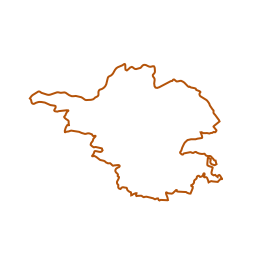 the Region of Naryn, rotated 191°
{"feature_id": "KGZ-1118", "entity_name": "Naryn", "entity_type": "Region", "adm_level": 1, "iso_a3": "KGZ", "parent_name": "Kyrgyzstan", "parent_adm1": "", "projection": "albers", "projection_center": [75.468, 41.376], "detail": "fine", "context": "isolated", "style": "outline", "palette": "amber", "viewbox_px": 256, "rotation_deg": 191, "n_neighbors": 0, "source": "natural_earth", "source_scale": "10m", "svg_char_len": 5701}
<svg xmlns="http://www.w3.org/2000/svg" viewBox="0 0 256 256"><g transform="rotate(191 128 128)"><path d="M230.0,138.3L228.9,140.7L228.3,141.6L227.6,142.4L223.2,146.5L222.4,146.9L221.4,146.8L219.6,146.0L213.6,145.3L212.0,145.4L210.5,146.0L204.6,149.4L203.9,149.6L203.1,149.7L200.7,149.7L197.2,150.8L195.9,150.7L192.0,149.0L189.4,148.5L188.0,148.7L185.3,149.5L179.7,149.3L178.3,148.8L175.8,147.6L174.6,147.4L169.7,148.6L167.9,149.4L166.7,150.6L166.1,151.6L164.5,152.8L163.7,153.6L163.3,154.7L163.5,155.9L163.8,157.1L163.9,158.3L163.6,159.5L162.9,160.3L161.1,161.3L159.6,162.7L158.4,164.5L157.7,166.7L157.4,172.8L157.3,173.8L156.8,174.7L154.4,176.6L153.2,178.5L151.8,182.7L150.8,184.5L149.6,185.7L145.6,188.4L144.1,189.9L143.4,190.2L142.7,189.4L141.9,185.7L141.5,184.7L140.1,184.3L138.8,185.8L137.4,187.8L135.9,188.7L135.0,188.5L133.3,187.6L132.4,187.3L131.3,187.4L127.2,189.4L126.6,190.3L126.1,191.3L125.3,192.4L124.4,193.0L123.4,193.2L122.4,193.2L119.5,192.4L118.5,192.3L117.5,192.4L115.3,193.4L114.3,193.5L113.5,192.6L113.1,191.6L112.4,188.9L112.3,187.8L112.7,186.6L113.7,185.0L113.6,183.9L113.1,183.2L111.8,182.0L111.3,181.3L111.0,180.1L110.8,176.7L109.9,174.1L108.7,172.9L107.0,172.9L105.1,174.0L95.0,182.1L93.5,182.7L93.1,183.7L92.7,184.2L91.9,184.4L90.1,183.4L89.3,183.0L88.1,183.2L85.9,184.2L84.7,184.4L83.1,184.0L81.4,183.3L77.4,180.5L76.4,180.0L75.4,180.1L75.3,180.3L74.0,179.8L70.5,179.8L69.7,179.7L69.1,179.6L68.2,178.4L64.8,177.8L64.1,177.4L63.8,177.1L64.3,175.7L64.3,174.7L63.9,173.9L63.3,173.2L62.8,172.9L56.5,170.5L55.6,170.0L53.7,168.3L52.9,167.4L51.9,165.7L48.7,162.5L47.5,161.6L47.3,161.3L47.1,159.7L46.6,158.7L45.1,157.6L40.2,153.1L39.4,151.9L43.5,147.0L44.2,146.1L44.3,145.6L40.8,142.7L40.7,142.2L41.2,141.0L41.5,140.6L41.8,140.4L43.0,140.5L43.4,140.3L44.2,139.4L45.7,138.9L47.1,138.1L49.4,138.1L53.1,137.3L55.0,137.9L55.9,137.6L55.4,136.8L54.0,134.6L53.4,133.1L53.4,132.6L53.6,132.3L54.1,132.1L57.7,130.8L59.6,129.8L63.9,129.0L67.3,127.5L69.2,124.9L69.5,124.4L70.1,122.7L71.0,119.2L71.4,115.9L72.2,114.2L72.1,113.6L70.4,112.4L69.5,112.3L68.9,112.6L68.6,113.3L68.1,113.8L62.4,116.1L61.7,116.2L60.4,115.9L59.5,115.9L59.0,116.1L58.1,116.9L57.1,117.4L56.5,117.4L55.4,116.9L53.0,116.5L50.7,116.6L49.7,116.8L48.2,117.3L47.9,117.3L46.5,116.1L45.9,115.8L44.8,115.7L44.1,115.7L42.6,116.1L41.6,116.1L40.6,115.6L39.4,114.4L38.6,114.2L37.5,113.0L36.5,112.6L35.8,112.7L34.9,110.6L34.4,109.8L34.2,109.4L35.6,108.2L36.1,108.0L38.3,108.3L39.1,108.5L39.9,109.0L40.5,109.8L40.7,110.4L40.8,111.3L40.7,112.5L40.9,113.0L41.5,113.4L43.0,114.0L43.5,114.0L43.9,113.8L43.4,108.6L43.2,107.3L42.8,106.5L41.1,106.0L39.1,105.8L37.5,105.5L37.3,105.2L37.6,100.7L37.5,99.8L37.1,99.0L36.8,98.6L35.0,97.9L33.4,98.6L32.3,97.8L30.7,97.0L30.7,97.8L30.5,98.5L29.8,99.1L29.5,99.3L29.1,99.2L28.1,98.4L27.1,97.2L26.1,96.3L26.0,96.0L26.0,95.8L26.3,95.7L27.3,95.6L27.8,95.2L28.2,94.4L29.3,92.9L29.6,92.2L35.0,91.7L35.7,91.8L36.6,91.5L38.5,90.0L38.9,90.7L39.3,91.8L40.1,92.8L40.6,93.8L41.1,94.3L41.8,94.6L42.2,94.6L43.6,94.2L44.0,94.4L44.2,94.9L43.9,96.7L44.0,97.4L44.3,97.9L44.7,98.0L45.0,97.8L45.2,97.5L45.5,95.5L46.1,94.7L47.7,93.8L48.2,93.8L49.3,94.6L50.1,94.4L50.6,94.0L50.9,93.6L51.1,93.1L51.0,92.1L51.2,91.3L52.7,89.5L52.9,89.0L53.0,88.5L52.8,87.2L53.0,86.2L53.4,85.5L54.0,84.7L55.0,83.9L54.7,83.1L54.3,82.9L53.2,82.6L53.1,81.9L53.0,81.2L54.1,75.6L54.7,75.4L55.8,75.4L57.6,75.7L58.8,76.2L66.7,75.1L67.8,75.2L68.0,75.4L68.3,76.3L68.9,76.3L71.7,72.4L72.6,71.9L76.1,71.6L77.7,72.1L78.1,72.1L78.3,71.9L78.2,71.2L77.9,70.4L75.9,67.1L75.0,64.9L75.5,64.6L82.0,63.7L82.6,63.4L83.2,62.9L84.0,63.1L85.2,64.6L86.6,64.1L87.4,63.4L88.1,63.2L89.9,63.8L96.7,64.1L98.4,63.6L99.0,63.2L99.6,63.1L101.8,64.0L102.4,64.0L105.7,63.2L106.7,62.8L107.1,63.2L107.3,63.8L107.2,65.6L107.5,65.6L108.1,65.4L110.4,63.9L111.2,62.9L112.0,62.5L112.1,63.1L112.8,65.3L113.0,65.5L114.5,65.7L116.4,66.7L116.9,67.2L117.6,68.6L118.0,69.0L121.7,68.9L122.2,68.6L122.9,68.2L123.7,66.7L124.3,66.7L125.5,67.0L126.1,67.6L126.4,68.3L126.6,70.1L126.8,70.4L127.6,70.9L128.1,71.5L128.5,72.7L128.5,73.4L127.7,75.9L127.4,77.4L127.5,78.0L127.7,78.3L128.8,78.6L129.0,78.9L129.0,79.3L128.9,80.1L129.1,80.5L129.4,80.9L131.4,82.2L132.2,83.3L132.3,83.8L132.3,84.6L132.1,85.3L131.8,85.9L130.5,87.2L129.5,87.8L129.1,88.3L128.9,89.0L129.0,89.3L129.3,89.6L130.0,89.8L130.8,89.7L134.2,88.7L135.5,88.1L136.6,88.6L137.7,89.4L138.8,90.0L140.9,89.5L143.0,90.0L144.0,90.7L145.4,91.2L149.0,91.3L149.7,91.5L153.4,93.4L154.8,93.9L155.9,94.1L157.2,93.5L157.7,93.5L157.9,93.7L157.0,95.7L156.6,97.2L156.5,98.5L156.3,98.8L155.9,99.1L154.5,99.2L151.7,99.1L150.3,99.3L149.3,100.0L148.7,101.3L149.4,102.2L149.6,102.8L149.8,103.0L155.9,103.2L156.8,103.0L157.8,102.5L159.0,102.9L160.2,103.5L161.4,104.3L161.5,104.9L161.3,106.3L160.3,108.2L160.1,108.9L160.0,110.3L159.8,111.1L158.4,113.4L158.3,113.7L158.4,114.0L158.8,114.1L160.3,113.5L160.7,113.5L161.5,114.0L162.0,114.7L162.3,114.9L164.9,115.3L166.0,115.2L166.9,114.9L168.3,114.2L169.4,114.0L172.6,114.3L175.2,114.9L183.3,114.6L184.3,114.1L185.6,113.3L188.0,112.5L188.7,111.9L189.1,111.9L189.5,113.1L189.3,115.6L189.0,117.1L188.2,119.2L187.6,119.7L186.7,119.4L186.5,119.5L187.2,121.5L187.6,123.4L188.2,124.0L190.6,125.0L192.1,125.9L192.7,126.5L192.8,126.7L192.6,127.2L191.8,128.7L191.7,129.7L191.0,132.0L189.9,133.4L189.9,133.7L190.1,133.9L191.6,133.7L199.0,131.4L200.5,130.6L202.5,130.5L203.2,130.6L203.6,131.0L203.8,131.3L203.7,132.0L203.2,133.4L203.0,134.1L203.0,134.8L203.2,135.3L203.3,135.6L203.7,135.8L204.3,135.9L208.6,135.7L214.5,137.1L217.8,137.0L220.0,136.7L221.1,136.3L223.1,135.2L224.7,133.9L225.6,133.6L226.5,133.8L227.2,134.3L227.5,134.7L228.5,137.0L229.1,137.7L230.0,138.3Z" fill="none" stroke="#b45309" stroke-width="2"/></g></svg>